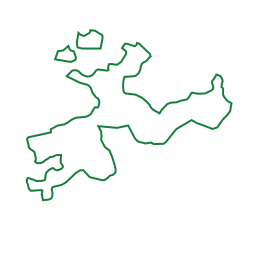 outline of Solothurn, rotated 12°
{"feature_id": "CHE-3426", "entity_name": "Solothurn", "entity_type": "Canton", "adm_level": 1, "iso_a3": "CHE", "parent_name": "Switzerland", "parent_adm1": "", "projection": "mercator", "projection_center": [7.597, 47.288], "detail": "fine", "context": "isolated", "style": "outline", "palette": "green", "viewbox_px": 256, "rotation_deg": 12, "n_neighbors": 0, "source": "natural_earth", "source_scale": "10m", "svg_char_len": 3181}
<svg xmlns="http://www.w3.org/2000/svg" viewBox="0 0 256 256"><g transform="rotate(12 128 128)"><path d="M91.7,114.5L94.1,114.3L94.5,113.1L94.8,110.9L94.6,109.1L94.1,107.4L93.3,106.2L92.5,105.3L90.4,104.7L85.9,100.9L83.2,96.5L80.9,94.8L78.5,94.0L76.5,94.1L71.0,93.6L57.3,90.1L61.7,83.2L65.5,82.3L67.5,82.7L72.4,85.5L77.0,86.2L79.6,85.5L81.7,84.1L83.0,82.3L84.0,80.4L84.8,78.3L85.9,77.4L86.9,76.9L95.0,76.3L96.5,75.8L96.9,75.0L96.2,73.6L95.9,72.0L96.1,69.6L97.7,69.0L104.1,68.4L107.5,64.9L110.8,55.6L110.6,54.6L109.9,53.2L105.6,51.0L107.4,46.3L109.7,45.8L117.3,46.6L118.4,45.8L119.1,44.8L119.1,43.0L121.4,43.2L133.5,50.7L134.4,51.8L135.3,53.3L133.9,55.1L132.7,57.6L131.8,58.9L130.7,59.8L129.6,60.6L128.8,61.3L128.2,62.4L127.9,63.7L127.8,68.9L126.9,72.4L124.6,75.4L123.3,76.0L116.6,78.0L114.0,78.7L113.7,82.2L114.0,85.3L114.4,87.7L116.0,93.0L117.0,94.1L118.4,94.7L128.4,93.8L135.4,95.5L141.3,98.7L144.1,100.7L146.2,103.2L148.1,104.5L149.8,105.3L155.8,107.1L156.8,104.2L161.2,96.6L164.7,94.3L170.6,92.6L172.7,91.0L179.6,87.8L180.4,86.8L181.3,84.8L182.9,80.4L184.3,80.0L186.5,80.1L190.1,79.8L196.1,78.2L201.4,74.3L203.1,72.1L202.9,70.2L202.0,68.6L201.1,67.0L200.6,65.4L200.6,64.5L202.0,61.8L203.4,57.3L207.8,58.1L210.3,61.1L210.8,62.5L210.8,63.8L210.6,64.7L210.9,68.4L212.8,69.6L214.0,75.4L215.3,77.3L217.8,79.6L220.5,81.2L224.1,82.2L224.4,90.1L222.3,94.9L219.1,99.7L215.3,108.7L213.0,110.2L211.0,111.3L193.0,108.6L190.5,107.6L188.5,107.1L175.9,118.6L175.1,119.7L168.3,133.3L166.2,136.0L156.4,138.4L153.7,137.4L148.3,139.5L140.5,139.1L137.2,137.0L127.6,125.5L117.4,130.1L98.6,132.4L102.6,137.3L103.0,138.8L103.9,141.8L104.1,145.0L109.3,151.4L114.5,153.8L119.0,160.4L123.0,167.7L124.5,171.1L125.0,173.5L124.5,174.8L123.8,176.1L122.9,177.0L120.2,178.4L118.5,181.1L115.5,184.1L113.8,184.4L100.8,184.0L93.2,178.7L90.1,179.2L86.2,183.0L78.8,193.9L74.7,197.6L67.1,201.1L66.2,202.3L66.2,204.0L67.7,207.7L68.1,209.7L67.9,212.1L66.9,213.5L65.1,214.6L59.9,216.3L57.4,210.8L57.2,207.0L56.6,206.8L54.2,207.3L46.1,209.6L45.1,209.1L43.5,207.7L41.8,204.2L40.8,202.6L40.0,201.0L39.7,199.7L40.2,197.9L41.1,197.6L44.3,198.2L46.1,198.1L49.0,198.9L50.3,198.7L55.3,197.4L57.4,196.1L57.6,194.1L57.1,190.1L57.6,188.2L59.4,185.5L62.5,182.9L63.4,182.9L64.8,183.7L66.5,184.2L68.5,183.7L71.5,181.6L72.5,179.4L71.5,177.9L70.2,176.8L69.3,175.7L68.9,173.8L68.2,168.4L63.9,169.3L62.4,170.1L60.3,171.9L58.0,172.5L56.4,174.3L53.9,176.6L51.7,179.4L49.4,180.6L46.5,181.2L44.7,180.8L44.1,180.3L44.2,179.4L44.4,178.5L44.2,177.2L42.3,172.5L41.6,171.2L40.2,170.2L37.1,169.0L35.7,168.2L34.9,167.1L34.1,164.7L33.1,163.2L31.6,159.8L32.4,157.8L53.5,148.3L52.8,145.3L58.7,140.2L65.0,137.7L67.7,135.4L70.9,131.9L73.3,129.9L75.2,128.7L84.5,125.8L87.1,123.9L88.8,121.9L90.9,115.5L91.7,114.5ZM65.8,47.2L70.2,43.3L70.7,42.6L71.0,41.4L71.1,40.4L71.0,40.2L75.5,39.7L80.9,41.7L83.2,42.2L84.0,43.7L84.4,45.0L84.6,56.0L66.7,59.8L62.1,59.7L61.5,58.7L61.1,57.7L60.1,54.4L59.8,45.2L62.2,46.7L65.8,47.2ZM43.5,67.5L48.6,65.5L52.6,60.2L52.7,60.3L54.1,62.5L54.4,62.9L55.1,63.6L55.9,64.0L56.6,64.2L58.4,64.2L59.1,64.4L59.7,65.2L62.3,69.7L62.5,71.0L62.4,72.5L58.2,75.3L42.4,76.0L43.5,67.5Z" fill="none" stroke="#15803d" stroke-width="2"/></g></svg>